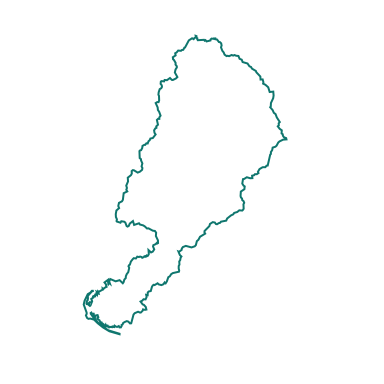 outline of El Collao, Puno, Peru, rotated 193°
{"feature_id": "86281439B70453073553936", "entity_name": "El Collao", "entity_type": "district", "adm_level": 2, "iso_a3": "PER", "parent_name": "Peru", "parent_adm1": "Puno", "projection": "albers", "projection_center": [-69.665, -16.626], "detail": "fine", "context": "isolated", "style": "outline", "palette": "teal", "viewbox_px": 384, "rotation_deg": 193, "n_neighbors": 0, "source": "geoboundaries", "source_scale": "gbopen_adm2", "svg_char_len": 5983}
<svg xmlns="http://www.w3.org/2000/svg" viewBox="0 0 384 384"><g transform="rotate(193 192 192)"><path d="M128.1,286.7L130.1,287.6L131.8,289.9L134.9,292.2L134.5,293.1L135.1,296.5L134.0,301.6L134.2,304.4L135.4,308.1L138.8,306.9L141.3,311.2L144.6,313.0L147.1,313.6L147.1,315.0L148.5,317.6L150.5,317.0L151.4,319.9L156.2,323.1L157.0,324.3L161.3,325.7L162.6,327.1L164.3,327.4L166.8,329.7L171.9,330.0L173.3,332.1L175.6,332.5L177.4,335.0L179.6,334.7L181.4,335.0L182.6,334.2L184.2,334.4L186.4,332.7L188.0,332.7L188.9,332.2L191.2,333.2L192.5,335.1L194.2,336.4L196.3,339.5L196.1,341.4L197.0,343.4L198.4,344.3L199.5,344.2L201.9,346.2L203.5,346.1L203.8,346.9L205.3,346.5L205.3,346.1L207.4,345.9L208.2,344.8L208.1,343.8L211.7,342.0L213.0,343.0L213.7,342.3L214.5,343.0L220.5,341.2L221.5,342.4L221.4,343.0L222.4,343.5L222.7,344.9L223.6,345.0L223.0,343.5L224.3,342.5L224.8,341.3L226.5,341.8L229.2,339.0L231.3,331.2L231.9,330.9L232.5,328.6L233.9,328.0L234.5,327.1L237.3,326.7L238.4,324.5L239.6,323.4L238.7,321.4L241.0,319.0L240.3,317.1L239.3,316.6L237.0,314.1L236.7,312.4L235.1,311.1L234.8,309.9L235.6,307.7L235.6,304.6L232.1,300.7L233.2,299.0L235.9,296.8L236.9,296.7L239.1,298.1L241.6,295.3L243.9,295.0L244.1,293.5L246.6,293.2L247.2,292.6L246.9,290.3L245.5,289.2L244.9,287.7L245.3,286.2L246.6,285.0L246.9,281.7L246.6,279.2L245.8,278.3L244.6,273.8L244.8,272.0L246.1,271.8L247.4,270.5L244.5,266.7L243.7,264.3L242.0,262.7L239.8,259.3L240.6,257.4L240.3,255.9L241.5,255.7L242.4,254.3L240.3,249.9L241.6,247.9L241.1,246.5L242.1,245.7L242.8,243.6L241.9,241.3L240.4,239.9L242.3,235.8L244.6,234.7L244.9,232.9L245.8,231.7L246.1,229.3L247.4,229.2L248.2,227.4L249.0,227.3L250.6,225.8L250.4,223.6L251.0,221.3L252.2,220.6L252.4,220.0L250.6,213.3L249.1,212.5L248.8,211.4L246.8,208.7L246.9,205.6L245.7,204.2L245.6,202.4L247.4,200.0L249.3,198.7L253.5,200.1L254.6,200.0L255.5,198.8L254.8,196.4L255.3,194.6L257.8,191.5L256.7,187.9L257.5,183.4L256.3,181.3L256.5,179.4L255.2,178.0L258.3,175.5L257.6,168.9L258.1,167.2L260.7,165.0L260.7,161.8L259.4,159.9L261.5,157.0L261.3,153.3L260.5,150.5L259.0,148.5L259.0,146.7L258.6,146.3L254.8,146.0L254.3,147.6L251.3,147.8L250.1,147.2L248.0,144.1L247.0,143.8L246.0,144.7L245.5,147.3L243.0,150.4L241.0,146.9L236.6,149.6L235.4,148.6L232.1,148.5L230.3,147.9L227.6,146.3L226.2,146.8L221.5,145.5L219.4,145.7L217.8,144.3L217.3,141.0L214.3,137.2L213.6,134.6L214.3,134.0L214.8,134.5L215.8,132.9L217.7,131.5L217.7,130.1L215.9,127.6L216.8,125.1L218.3,123.9L221.3,125.6L220.1,121.8L220.6,120.0L222.0,118.9L222.2,119.5L222.7,118.8L223.0,119.1L224.0,118.6L224.2,117.8L225.7,116.7L226.4,117.3L228.1,117.4L229.0,116.7L230.8,116.7L231.7,114.6L233.9,114.4L234.6,113.3L235.9,110.5L236.2,107.2L236.8,106.7L237.2,105.4L236.1,104.0L236.1,99.5L237.1,97.4L237.5,95.1L237.2,93.2L238.2,91.5L238.4,88.6L238.9,87.5L242.7,89.8L246.3,87.8L252.0,88.8L252.6,86.2L251.4,84.3L252.4,84.8L252.7,83.7L253.1,84.3L252.6,84.8L253.6,85.6L254.0,87.6L256.9,84.2L254.4,82.1L254.6,81.2L253.9,80.4L255.8,78.8L256.6,77.3L257.4,77.8L256.9,75.9L257.4,76.5L260.4,73.8L260.9,74.0L260.4,72.8L261.9,73.2L261.2,72.4L261.9,72.5L261.1,71.9L261.7,71.9L261.6,71.4L262.4,72.3L262.5,71.4L261.6,69.9L262.3,70.4L262.8,70.0L262.1,69.0L263.1,69.5L263.0,68.9L263.6,69.1L264.9,68.1L264.9,67.7L264.2,67.7L264.1,67.3L266.1,65.1L264.7,63.1L265.0,61.2L265.4,61.9L266.9,61.6L267.0,61.0L268.7,59.7L266.4,59.2L265.1,57.7L269.1,59.6L269.0,58.5L269.6,59.4L269.9,61.9L269.3,63.2L269.5,65.4L270.3,65.7L269.8,67.9L267.2,72.6L265.6,73.6L267.3,73.2L268.4,71.1L270.6,69.0L272.2,61.9L272.2,58.0L267.6,50.9L267.2,49.6L267.6,47.9L265.9,45.7L264.4,45.1L262.8,45.8L258.7,45.6L254.3,42.9L248.2,40.0L241.2,37.7L230.6,37.1L230.7,37.6L242.4,38.4L249.0,40.9L251.0,42.6L252.0,42.2L253.5,43.1L257.1,45.7L257.5,46.5L259.7,47.4L263.2,50.5L263.5,51.3L263.0,51.8L262.5,50.9L260.4,51.3L259.5,49.1L259.7,48.1L258.3,48.2L257.8,50.2L256.3,50.8L255.1,48.9L255.8,48.0L255.4,47.1L253.2,46.1L252.2,44.7L251.3,44.6L251.7,43.8L251.1,43.1L250.5,44.1L248.4,43.2L247.9,42.1L246.9,41.6L246.5,42.7L246.1,41.5L245.7,41.9L245.9,42.8L245.1,42.9L244.8,42.1L244.1,42.5L243.9,41.9L243.1,42.1L242.4,41.4L241.7,41.8L241.9,42.1L239.7,42.3L239.8,42.7L239.0,43.2L238.7,42.8L237.4,42.9L237.3,44.3L235.8,43.7L234.6,43.7L233.2,44.9L232.2,43.8L231.2,44.2L230.7,43.3L230.9,44.2L230.4,45.6L230.7,46.6L229.8,47.4L229.6,48.9L228.2,50.3L226.5,51.5L224.9,51.4L222.8,50.0L221.7,50.4L221.4,59.4L220.6,61.0L217.6,63.2L215.5,62.8L214.7,63.1L213.3,65.4L213.3,66.6L211.3,66.6L210.0,67.2L211.2,69.6L213.5,71.2L214.8,71.4L217.5,73.7L216.1,74.8L215.1,76.6L213.1,76.9L212.6,79.5L213.5,81.5L212.0,81.5L212.5,84.2L211.7,85.4L209.9,86.2L209.7,90.6L209.2,92.1L208.4,93.0L207.5,92.9L205.0,95.3L203.7,94.5L200.9,94.4L199.3,95.5L198.4,97.5L197.9,96.8L197.2,96.9L196.4,99.2L195.9,103.7L194.7,104.8L193.8,107.3L192.4,108.7L186.8,111.4L186.8,112.5L187.8,114.6L188.3,116.9L187.9,118.4L188.8,121.5L188.2,122.9L188.3,125.5L187.8,126.8L189.6,127.8L191.8,130.9L191.2,130.8L189.1,133.2L189.2,134.6L188.5,136.3L185.9,138.1L180.0,137.9L177.1,139.7L176.3,141.1L176.2,145.2L175.0,146.9L174.1,150.2L169.8,154.4L170.8,155.5L171.0,156.8L167.4,162.7L167.3,164.9L165.0,167.3L162.9,167.4L161.5,166.2L160.4,166.2L158.9,167.7L157.7,168.3L157.1,169.6L152.2,171.8L151.8,174.1L148.7,178.0L146.8,179.5L146.2,181.1L143.4,182.7L141.8,184.8L138.9,185.2L138.4,185.9L137.9,187.3L139.1,191.6L138.7,193.2L139.7,194.7L141.2,195.4L141.8,196.9L143.1,197.7L143.8,199.1L144.5,203.4L141.6,206.5L141.9,209.3L143.2,209.8L144.9,211.5L145.2,216.0L144.1,216.5L141.9,218.7L138.4,218.5L136.3,219.1L137.1,221.4L135.3,222.3L134.7,223.5L132.9,223.9L131.5,225.4L132.3,226.5L131.4,229.5L128.8,232.0L126.1,232.7L125.3,234.4L124.2,234.8L124.2,246.0L123.7,246.8L124.1,248.7L123.3,250.8L123.4,253.4L120.9,254.9L120.0,256.2L119.1,259.6L118.1,261.0L115.0,263.5L111.8,264.5L112.4,265.7L114.7,266.0L116.1,267.3L116.6,268.7L117.9,269.2L118.4,272.3L120.8,273.3L123.2,275.3L122.4,276.5L123.0,278.4L122.2,279.9L126.2,283.8L128.1,286.7Z" fill="none" stroke="#0f766e" stroke-width="2"/></g></svg>